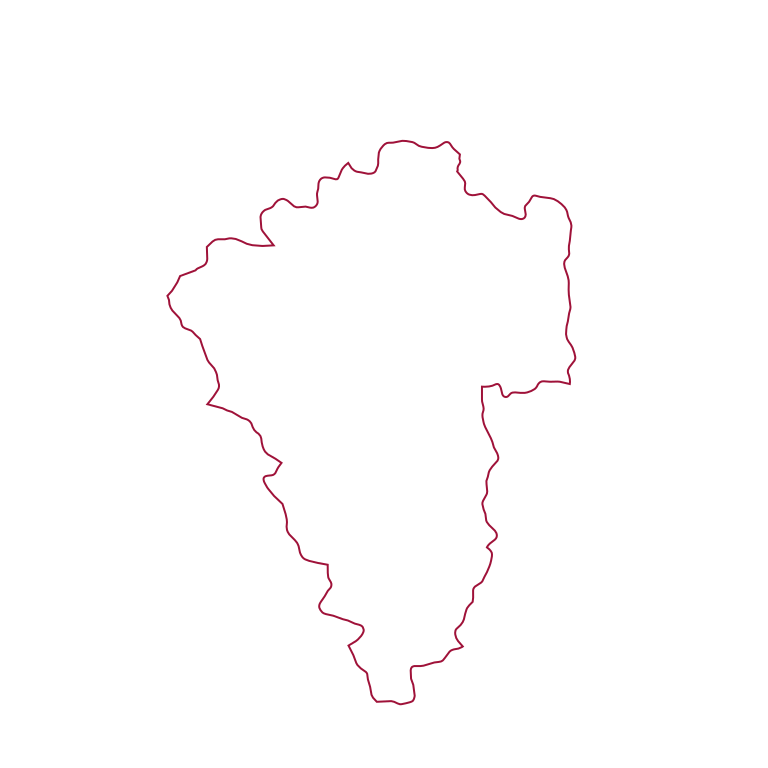 the District of Šumadijski, rotated 219°
{"feature_id": "SRB-839", "entity_name": "Šumadijski", "entity_type": "District", "adm_level": 1, "iso_a3": "SRB", "parent_name": "Republic of Serbia", "parent_adm1": "", "projection": "equal_earth", "projection_center": [20.746, 44.097], "detail": "fine", "context": "isolated", "style": "outline", "palette": "rose", "viewbox_px": 768, "rotation_deg": 219, "n_neighbors": 0, "source": "natural_earth", "source_scale": "10m", "svg_char_len": 6166}
<svg xmlns="http://www.w3.org/2000/svg" viewBox="0 0 768 768"><g transform="rotate(219 384 384)"><path d="M359.3,635.5L354.7,635.0L351.8,634.0L350.0,633.0L346.8,630.4L345.1,629.3L340.7,627.2L338.1,625.1L337.1,623.8L335.4,620.9L329.7,612.2L327.2,607.7L325.1,605.0L322.1,601.9L321.5,600.8L321.1,599.6L321.0,598.1L321.2,594.3L320.8,592.7L319.6,590.7L316.7,588.1L309.1,583.4L305.8,580.8L303.9,578.7L299.8,573.4L296.4,569.6L287.5,561.2L286.4,559.5L284.6,555.4L280.5,548.3L278.5,544.0L276.7,541.2L273.9,537.3L271.4,535.2L269.8,534.1L266.9,533.0L263.2,532.0L260.4,530.9L255.7,528.0L252.4,525.4L251.5,524.3L250.7,522.2L250.5,513.8L249.9,510.9L249.3,509.8L248.0,508.4L245.5,507.0L242.7,504.8L240.7,502.6L239.6,500.9L248.8,496.4L250.8,495.0L256.3,490.3L261.5,486.7L262.9,485.4L263.8,483.8L264.1,482.2L264.1,480.6L263.6,478.3L263.5,476.7L263.7,475.0L265.2,471.2L267.4,467.6L269.1,465.6L272.2,463.1L276.8,460.0L278.7,458.2L279.3,457.2L279.6,456.1L279.9,452.5L280.3,451.5L281.0,450.6L282.4,449.9L283.4,449.8L284.5,450.0L285.6,450.5L290.3,454.1L292.0,455.1L294.1,455.8L295.2,455.7L296.1,455.2L297.0,454.1L298.6,451.0L300.8,448.2L303.9,445.3L306.2,443.6L298.1,433.6L296.7,432.1L292.6,429.0L291.2,427.7L290.2,426.3L288.8,423.0L287.8,421.6L286.5,420.2L282.9,417.2L281.2,415.9L278.2,414.2L266.8,409.1L263.2,407.1L258.7,403.9L252.5,401.4L250.4,400.1L249.0,398.9L248.1,397.7L247.5,395.8L247.9,387.9L247.6,383.5L247.0,381.4L244.9,377.2L243.4,373.1L241.3,370.7L236.2,365.5L235.1,363.7L234.7,362.3L233.5,355.6L232.9,353.9L232.0,352.6L227.6,349.2L223.5,346.9L218.6,342.2L217.1,341.4L213.4,340.5L205.5,339.8L202.7,338.8L201.2,337.6L200.2,336.1L199.8,334.5L199.9,332.7L201.3,326.8L201.5,324.6L201.4,322.7L201.2,321.8L198.1,321.8L195.9,321.4L194.1,320.7L192.8,319.5L191.7,318.0L189.6,314.1L188.3,311.3L187.3,308.5L185.6,302.6L184.6,297.4L183.4,292.4L183.6,290.6L185.8,283.8L185.8,282.2L185.5,280.8L184.8,279.6L180.3,274.1L178.0,270.5L178.5,265.7L178.4,262.3L178.0,260.7L176.3,256.5L173.8,251.4L173.0,248.5L172.8,244.9L173.6,239.1L173.4,237.6L172.2,235.5L171.0,234.2L167.9,232.0L164.5,230.8L157.6,229.6L157.9,228.6L159.6,225.3L162.7,221.7L163.6,220.3L164.3,218.8L164.6,217.2L164.3,209.5L164.3,206.7L164.4,205.9L165.1,204.2L166.7,202.3L169.6,199.3L176.0,190.0L178.1,187.8L183.0,183.8L183.8,182.6L184.2,181.4L183.9,179.8L183.0,178.2L177.5,172.0L171.9,168.6L164.0,161.1L163.4,160.1L162.5,158.0L162.2,156.2L162.3,155.5L162.7,154.5L163.6,153.0L166.1,149.6L168.8,146.3L170.0,145.2L172.4,144.3L176.1,143.4L178.8,142.1L189.6,132.5L195.1,133.3L198.1,134.6L204.2,139.9L210.6,144.3L214.6,148.1L215.7,148.6L216.9,148.8L223.0,148.4L227.8,148.9L229.9,149.7L237.2,154.0L247.0,158.4L244.0,166.6L243.5,169.0L243.2,173.8L243.4,176.0L243.9,178.1L244.4,179.3L245.2,180.3L247.3,181.6L248.4,181.9L250.1,181.8L251.9,181.2L255.9,179.4L263.2,177.5L268.0,175.3L277.6,172.0L284.4,168.6L286.4,167.9L288.1,167.7L291.0,168.3L293.2,169.3L294.1,170.0L295.1,171.4L295.7,173.0L296.0,175.1L296.5,181.7L297.5,187.9L297.3,191.8L297.5,193.0L298.0,194.1L299.0,195.5L300.5,196.5L304.7,198.1L305.8,198.8L308.8,201.8L314.0,208.1L322.6,203.4L330.7,199.5L334.9,198.1L336.7,197.9L338.5,198.1L340.9,198.9L343.2,200.1L348.4,204.3L350.3,205.3L351.7,205.9L355.1,206.6L363.0,207.5L365.8,208.5L367.5,209.5L369.9,211.8L372.4,215.5L374.4,217.6L378.6,221.0L387.4,226.9L398.9,227.8L407.8,229.6L409.7,230.1L414.0,231.8L415.9,232.7L417.3,233.8L418.0,234.6L418.4,235.5L418.4,236.6L418.1,237.7L416.7,239.5L413.9,242.3L413.0,243.5L412.5,244.9L412.4,246.4L413.5,251.2L413.8,253.4L414.0,258.2L421.3,257.6L430.0,256.2L433.9,256.6L436.4,257.6L439.0,259.1L442.2,261.6L445.1,264.4L447.3,265.8L450.3,266.4L452.7,266.2L455.9,266.6L459.0,267.9L462.3,269.9L464.8,270.5L466.6,270.5L468.3,270.2L473.1,268.3L484.6,266.6L489.3,264.7L494.1,263.6L508.5,257.1L508.6,266.7L509.4,274.8L509.8,276.6L510.7,278.3L511.9,279.7L515.7,282.3L519.6,286.0L522.0,287.5L525.8,289.3L533.5,290.6L536.4,291.6L549.1,299.2L555.2,303.2L561.0,303.5L565.7,304.2L567.6,304.1L573.6,302.1L576.1,301.8L577.5,302.2L578.8,302.9L581.9,305.4L584.6,306.5L594.7,307.9L597.8,309.0L600.9,310.9L604.0,314.0L607.8,316.2L607.4,323.0L608.6,332.9L610.4,339.6L602.0,353.7L601.9,355.4L601.5,356.6L599.1,361.4L598.5,363.1L598.2,365.0L598.6,367.0L599.2,368.6L600.1,370.0L607.9,379.0L606.9,386.8L605.9,389.8L604.1,392.0L598.7,396.4L595.9,399.8L594.4,401.1L590.5,403.4L584.4,405.3L578.9,406.6L573.7,409.0L565.3,414.8L557.0,422.3L574.2,426.3L576.7,427.3L578.0,428.5L585.1,436.1L586.0,437.9L586.4,439.5L586.5,441.2L586.3,442.9L585.9,444.5L583.0,449.3L582.4,450.9L582.1,452.4L582.4,456.3L582.0,459.7L581.0,461.8L580.1,463.2L578.9,464.4L577.9,464.9L575.5,465.6L573.7,465.8L565.7,465.5L563.2,466.3L561.7,467.5L556.6,472.5L552.5,474.5L551.0,475.5L549.8,476.8L549.2,478.5L549.0,480.1L549.2,481.7L549.6,482.9L550.3,484.0L554.7,488.4L555.8,489.7L556.7,491.4L558.0,494.3L561.0,498.5L561.6,499.7L562.0,500.9L562.2,502.6L562.0,504.2L561.5,505.4L560.8,506.5L559.9,507.4L555.9,510.2L550.5,512.6L549.4,513.6L549.1,514.5L549.2,515.6L551.6,523.8L551.8,525.8L551.7,529.1L550.9,533.3L545.0,531.3L541.5,531.2L539.9,531.5L538.5,532.0L534.9,534.1L528.7,537.3L526.3,539.5L525.3,540.9L524.6,542.5L524.5,544.0L526.1,549.7L527.4,551.9L529.8,554.8L533.6,560.6L534.2,562.5L534.6,564.6L534.6,568.9L534.3,570.9L533.4,573.1L532.2,574.4L528.9,577.2L522.8,584.5L519.5,586.9L514.1,589.9L512.2,590.5L506.8,591.0L504.0,592.1L498.3,595.3L495.0,597.7L493.0,599.7L491.6,601.9L490.5,604.7L489.1,609.3L488.5,610.5L487.3,611.7L485.8,612.4L484.0,612.3L479.9,611.0L477.6,610.6L469.5,610.2L467.2,606.5L465.0,605.1L464.4,604.3L463.9,602.8L463.7,600.6L463.3,599.2L462.6,597.9L461.3,596.6L460.9,595.2L451.8,593.3L448.7,592.3L447.2,591.1L444.9,587.6L443.7,586.1L442.1,585.1L440.8,584.7L439.5,584.5L437.8,584.6L436.6,585.0L434.3,586.2L432.2,588.1L428.7,592.4L427.5,593.4L426.5,593.7L424.2,593.7L415.4,592.6L408.6,591.2L401.5,591.1L397.6,591.8L390.0,595.4L383.3,597.3L382.0,597.9L380.6,599.0L379.7,600.4L379.4,601.9L379.7,603.4L380.6,605.0L385.0,608.9L385.7,609.8L386.3,611.3L385.9,616.9L386.7,622.3L386.7,623.4L386.3,624.4L385.6,625.2L384.6,625.8L380.4,627.7L371.6,633.1L368.4,634.6L364.0,635.4L359.3,635.5Z" fill="none" stroke="#9f1239" stroke-width="2"/></g></svg>